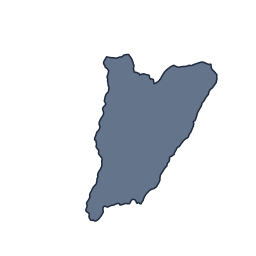 the district of Molagavita, Santander, Colombia, rotated 32°
{"feature_id": "7082276B9574899495584", "entity_name": "Molagavita", "entity_type": "district", "adm_level": 2, "iso_a3": "COL", "parent_name": "Colombia", "parent_adm1": "Santander", "projection": "equal_earth", "projection_center": [-72.811, 6.635], "detail": "fine", "context": "isolated", "style": "filled", "palette": "slate", "viewbox_px": 256, "rotation_deg": 32, "n_neighbors": 0, "source": "geoboundaries", "source_scale": "gbopen_adm2", "svg_char_len": 5865}
<svg xmlns="http://www.w3.org/2000/svg" viewBox="0 0 256 256"><g transform="rotate(32 128 128)"><path d="M179.2,185.5L179.2,185.0L179.1,184.1L179.1,183.4L179.2,181.8L179.2,181.3L178.9,180.5L178.5,178.4L178.3,176.3L178.3,175.0L178.6,173.2L179.0,171.5L179.1,170.4L179.4,169.5L180.0,168.3L180.6,167.2L181.2,166.6L182.1,165.6L182.5,164.8L182.9,163.9L183.2,162.4L183.2,159.5L183.1,158.0L182.9,156.2L182.5,154.9L182.2,154.3L181.4,153.2L181.1,152.4L180.7,151.5L180.5,151.1L180.4,149.6L180.4,148.0L180.5,146.0L180.5,145.2L180.4,144.4L180.4,143.8L180.6,141.8L181.1,139.7L181.0,139.3L180.6,138.5L180.3,138.1L180.2,137.5L180.1,137.0L180.2,136.4L180.4,135.7L180.5,134.9L180.5,134.2L180.3,133.7L179.7,132.4L179.2,131.4L178.9,131.0L178.8,130.5L178.9,130.2L179.2,129.7L179.6,129.3L180.3,128.0L180.6,127.1L180.9,126.5L181.0,126.1L181.0,125.6L180.8,125.3L180.4,123.5L180.4,121.6L180.1,118.8L180.3,118.0L181.0,117.0L181.3,116.3L181.3,115.3L181.4,114.2L181.4,113.0L181.5,112.0L181.6,110.5L181.9,108.9L182.4,107.0L183.3,105.4L183.7,104.9L183.8,104.3L183.7,102.6L183.4,101.6L183.3,100.7L183.4,100.0L183.3,98.8L183.5,98.3L183.3,98.1L183.2,96.7L183.1,96.3L182.9,94.8L182.7,93.7L182.6,92.8L182.5,92.0L182.2,91.2L181.3,89.1L181.0,89.0L180.4,88.7L180.2,88.4L180.1,88.0L180.2,87.7L180.4,87.2L180.8,86.6L180.8,85.7L180.7,85.0L180.4,83.6L180.1,82.3L179.8,81.2L179.4,80.0L179.2,79.2L178.9,78.4L178.7,76.0L178.6,72.7L178.4,70.1L178.2,69.3L178.0,68.8L177.7,68.2L177.6,67.9L177.8,66.2L178.0,64.9L178.0,64.4L178.0,62.8L177.8,61.7L177.9,60.4L178.0,59.6L178.2,58.0L178.3,57.0L178.3,56.5L177.9,56.0L177.8,55.6L177.5,54.5L177.3,53.6L177.3,52.7L177.3,52.3L177.5,51.9L177.6,51.2L177.8,50.3L178.1,49.8L178.2,49.5L178.3,48.7L178.4,48.2L178.4,47.3L178.7,43.3L178.7,42.6L178.5,42.1L178.4,41.9L178.2,41.6L178.0,41.3L177.9,41.0L177.9,40.7L177.8,40.4L177.5,39.6L177.1,38.9L175.9,37.2L175.1,35.9L175.1,35.7L173.9,35.3L172.3,34.7L170.3,34.2L169.0,34.0L167.9,33.7L166.7,32.6L165.7,31.5L164.7,30.1L164.2,30.1L163.3,31.0L161.5,31.6L159.2,31.9L157.5,32.1L155.9,32.8L154.5,34.0L151.4,37.8L150.0,39.5L149.0,41.2L148.3,41.7L147.5,42.0L146.6,42.4L145.9,43.6L144.2,45.2L142.9,46.2L141.9,46.7L139.0,49.4L137.8,50.1L136.5,50.2L135.5,50.4L134.7,50.6L134.0,50.4L133.2,51.0L132.5,52.1L131.7,53.6L130.9,55.6L130.2,57.4L129.5,60.0L129.3,61.8L129.3,64.2L129.3,66.6L129.5,68.9L129.2,71.8L128.5,73.6L127.5,75.5L126.9,76.4L126.2,76.3L125.4,75.2L124.3,74.1L123.8,73.5L123.1,73.5L121.9,73.8L121.2,74.5L120.3,74.4L119.5,73.6L118.8,72.9L118.0,72.2L117.4,72.2L115.1,73.1L114.2,73.2L112.5,73.8L111.1,75.1L110.5,75.8L110.2,76.4L109.9,76.7L109.2,76.5L108.5,76.0L106.8,76.2L105.4,76.5L104.9,76.6L104.2,77.1L103.8,77.2L103.3,77.1L102.5,76.0L102.0,75.6L101.1,74.9L100.9,74.1L100.7,73.4L100.3,72.6L99.6,71.5L98.6,70.9L98.1,70.3L97.0,69.2L96.3,68.9L95.7,68.4L95.0,67.7L93.0,66.7L91.4,66.1L90.6,65.8L89.7,65.3L89.0,65.7L88.0,66.3L87.0,67.2L85.8,68.5L85.3,70.4L84.9,71.2L84.0,71.7L83.1,72.5L82.2,73.7L81.6,74.5L80.5,75.3L79.2,75.8L77.8,76.5L76.6,77.2L75.0,77.9L73.6,78.5L72.2,78.9L72.2,80.0L72.2,83.0L72.3,84.5L72.6,85.3L72.9,86.0L74.2,87.0L74.8,87.2L75.6,87.6L76.2,88.3L76.7,88.6L78.8,88.6L81.1,89.6L81.9,91.1L82.6,93.5L82.8,93.9L82.8,95.2L83.1,95.6L83.9,96.5L84.2,96.9L84.8,97.2L85.1,97.5L85.8,99.0L86.3,99.7L86.7,99.9L87.3,100.6L88.8,102.6L90.0,103.3L90.5,104.0L90.7,104.3L91.5,106.1L92.1,107.9L91.9,109.2L91.6,110.1L91.6,111.6L92.0,113.4L92.4,114.6L92.7,115.0L93.4,117.3L93.7,117.8L95.7,118.9L96.1,119.1L96.5,119.8L96.5,120.4L96.4,121.3L96.0,123.2L96.0,123.7L96.0,124.3L96.2,124.9L96.9,125.9L98.0,126.7L99.4,128.2L99.8,129.2L100.0,130.0L100.1,130.8L100.0,134.1L100.1,135.9L100.3,137.2L100.5,138.1L100.8,139.0L101.3,139.9L101.7,140.3L102.2,140.8L102.8,141.0L103.3,141.3L103.7,142.0L103.7,142.5L104.2,143.6L104.3,144.2L104.3,145.4L104.2,146.0L103.8,147.6L103.8,148.0L103.9,148.7L104.9,152.5L105.0,153.8L105.3,154.6L105.7,155.3L105.9,155.6L106.3,155.8L107.3,155.6L107.5,155.8L108.1,156.6L108.5,157.0L109.0,157.4L109.7,158.2L110.0,158.7L110.6,160.3L110.9,160.9L111.6,161.3L112.6,161.6L113.7,162.2L114.8,162.4L115.3,163.0L115.5,163.3L116.0,164.4L116.5,165.2L116.9,165.6L118.4,166.1L118.9,166.2L120.6,167.0L121.2,167.0L121.6,167.2L122.2,167.8L122.7,168.6L123.0,169.6L123.4,170.3L124.2,171.2L125.7,173.7L126.2,175.0L126.2,176.7L126.4,177.5L126.4,178.2L126.4,179.0L126.3,179.7L126.4,181.1L126.6,182.5L126.7,182.8L127.4,184.4L128.5,185.4L128.5,187.4L129.2,188.3L130.7,192.3L129.9,196.3L130.0,198.1L130.0,198.8L130.4,201.0L130.4,202.7L130.7,204.4L131.0,205.2L131.4,205.8L131.8,206.2L132.2,206.4L132.3,206.9L132.6,209.6L132.6,210.7L132.5,211.8L132.5,212.6L132.6,213.4L132.8,213.9L133.3,214.4L134.3,215.2L134.7,215.9L134.9,216.6L135.1,217.3L135.3,218.5L135.6,219.6L136.0,220.3L136.5,220.6L136.8,220.8L137.5,220.9L137.9,220.9L139.7,221.1L140.4,221.2L140.9,221.7L142.0,224.1L142.4,224.4L143.4,225.1L144.5,225.6L144.9,225.8L145.3,225.9L145.7,225.8L146.8,225.1L147.1,224.8L147.6,224.6L148.2,224.4L148.8,224.5L149.3,224.3L149.8,224.0L150.4,223.3L151.1,221.7L151.4,220.6L151.7,218.1L151.8,215.9L151.7,215.0L151.7,213.9L151.6,212.5L151.3,212.0L149.7,210.1L149.4,209.5L149.2,208.7L149.1,207.7L149.2,207.1L149.5,206.8L151.6,206.0L152.3,206.1L152.8,205.7L153.6,204.2L154.9,202.4L155.5,202.1L156.1,201.5L157.0,200.6L157.8,199.2L158.3,198.5L159.0,197.7L159.7,197.2L160.2,196.9L160.6,196.8L161.1,196.9L161.4,197.2L161.8,197.5L162.3,197.4L162.7,197.1L163.4,196.3L164.0,195.5L164.5,195.0L165.3,194.0L165.6,193.5L166.0,193.2L167.5,192.6L169.0,191.7L169.3,191.4L169.4,191.1L169.4,190.5L169.3,189.4L169.2,188.9L169.1,188.3L169.2,187.4L169.5,186.5L169.8,186.1L170.0,185.8L170.5,185.6L171.2,185.5L171.7,185.3L172.0,185.2L172.9,185.5L173.3,185.7L174.2,186.5L175.0,186.9L175.5,187.0L175.8,186.9L175.9,186.7L175.9,186.3L176.0,185.9L176.4,185.6L177.2,185.6L177.4,185.7L177.7,185.8L178.1,185.8L178.6,185.7L179.2,185.5Z" fill="#64748b" stroke="#1e293b" stroke-width="1.5"/></g></svg>